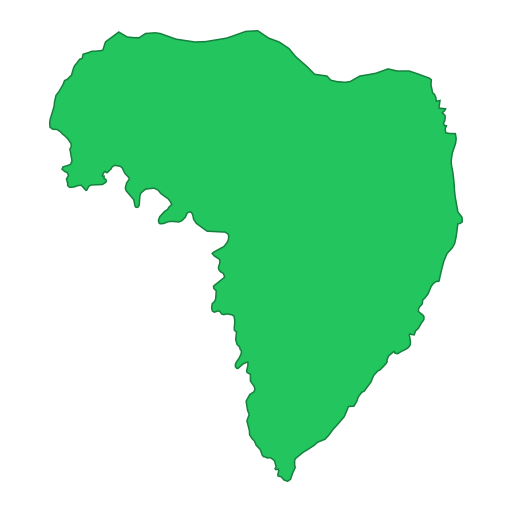 Macenta, Macenta, Guinea (Albers equal-area conic projection)
{"feature_id": "49546643B89321000346935", "entity_name": "Macenta", "entity_type": "district", "adm_level": 2, "iso_a3": "GIN", "parent_name": "Guinea", "parent_adm1": "Macenta", "projection": "albers", "projection_center": [-9.435, 8.32], "detail": "fine", "context": "isolated", "style": "filled", "palette": "green", "viewbox_px": 512, "rotation_deg": 0, "n_neighbors": 0, "source": "geoboundaries", "source_scale": "gbopen_adm2", "svg_char_len": 5470}
<svg xmlns="http://www.w3.org/2000/svg" viewBox="0 0 512 512"><path d="M429.4,78.2L423.2,75.9L417.5,73.8L409.1,71.0L397.2,71.0L388.0,68.9L376.1,73.2L368.7,74.6L359.9,76.0L350.1,81.6L345.2,82.3L336.8,81.6L330.8,80.2L326.9,76.0L314.6,74.3L306.9,66.5L295.7,56.7L289.0,48.6L279.2,42.0L268.6,38.1L257.7,30.7L245.8,31.4L226.8,38.1L205.8,41.6L194.9,42.0L176.2,39.2L160.2,33.5L155.3,32.8L145.5,33.5L139.2,37.7L138.8,37.7L134.3,37.7L127.2,37.0L118.8,32.0L111.1,37.7L105.5,41.9L102.8,50.2L100.6,50.7L95.2,51.2L92.2,51.2L88.2,52.7L83.1,54.2L82.2,58.4L79.6,59.3L76.7,63.2L74.6,65.7L73.4,68.5L71.5,75.1L67.0,79.5L64.6,80.5L62.9,84.8L59.2,91.2L56.0,95.4L54.5,101.9L54.1,106.2L52.5,111.7L50.3,118.8L49.7,122.6L50.0,127.3L52.9,129.3L56.8,129.4L60.5,131.8L62.3,133.8L65.4,136.4L67.8,138.9L70.8,143.2L71.4,146.2L69.9,149.1L71.0,155.3L72.0,161.1L70.4,164.5L66.1,166.0L63.0,166.9L62.0,169.2L64.9,171.6L67.2,172.6L68.5,175.4L66.4,179.2L67.1,181.0L67.4,182.7L67.8,182.9L67.6,185.3L68.6,186.5L69.8,187.3L71.2,187.3L74.8,186.8L76.0,186.3L77.2,185.8L78.0,185.5L80.2,185.4L81.3,185.3L85.0,189.4L85.2,189.6L85.3,189.7L86.0,190.4L86.7,190.2L88.7,186.5L89.5,185.8L89.6,185.7L91.0,185.1L91.4,185.0L102.4,184.5L104.0,183.5L105.9,182.2L106.2,181.2L106.3,180.7L105.7,179.3L105.1,179.1L104.1,178.7L104.1,176.1L103.3,176.1L102.6,176.1L102.4,175.3L103.7,172.9L103.8,172.7L104.1,172.1L105.1,171.4L105.6,171.9L106.3,172.6L106.9,172.6L107.4,172.5L108.1,171.8L111.1,168.8L112.2,166.8L114.0,165.7L114.5,165.3L116.1,165.6L119.8,166.2L122.0,167.5L125.0,173.5L128.9,177.6L129.1,177.8L129.2,179.1L128.1,180.8L126.6,183.0L125.3,187.9L126.1,190.7L133.7,199.6L135.0,206.0L135.9,207.3L137.8,207.3L139.2,205.3L139.9,195.7L140.8,193.3L140.9,193.0L143.3,191.0L145.9,188.9L145.9,189.1L153.9,188.1L158.0,190.0L161.1,193.8L168.3,198.9L170.5,201.8L170.6,202.0L170.7,202.4L171.7,204.6L168.8,207.3L168.0,208.7L167.7,209.3L164.4,211.6L159.8,216.6L158.4,220.2L158.4,220.3L159.0,223.0L160.2,223.8L163.7,223.5L168.1,221.7L168.4,221.7L172.5,221.4L175.9,221.7L179.0,222.0L182.1,220.5L183.9,218.7L185.2,217.4L187.2,213.0L188.1,212.5L189.2,211.9L190.1,212.1L191.4,212.3L192.7,214.8L192.8,215.1L193.6,219.3L194.5,220.7L195.5,222.1L196.4,223.4L203.6,228.7L207.1,231.2L225.0,232.1L227.7,233.7L227.8,233.9L228.7,235.5L228.6,237.3L228.5,239.0L227.6,241.6L227.1,242.3L227.0,242.5L225.3,244.8L224.1,246.4L213.9,252.0L213.1,252.7L212.2,253.5L214.3,256.0L215.3,256.6L219.6,259.4L219.8,261.5L219.9,262.8L218.4,267.2L218.7,269.4L218.9,269.7L220.3,271.6L222.1,272.7L223.4,273.5L223.7,274.3L224.5,276.5L224.1,277.6L213.5,286.1L213.7,287.8L213.8,288.0L213.8,288.4L216.2,290.8L215.7,298.9L215.1,300.2L215.0,300.3L214.5,301.6L213.6,302.4L213.4,302.5L212.3,303.5L212.1,304.6L211.6,307.5L212.3,310.9L214.2,312.2L218.3,310.9L219.2,311.2L219.6,311.3L221.9,314.2L223.9,314.6L227.1,313.9L231.8,314.8L232.8,315.4L233.7,315.9L234.1,316.1L234.8,321.7L234.2,328.4L234.5,330.4L235.7,331.4L236.5,332.0L235.7,339.7L237.0,344.3L239.7,347.2L239.9,348.2L239.9,348.3L240.2,349.5L240.4,349.6L241.3,350.6L241.3,353.1L241.2,353.5L239.1,358.2L237.8,360.0L237.0,361.1L236.4,362.1L236.2,362.3L235.9,363.1L235.3,364.8L235.4,366.0L235.4,366.8L235.8,367.2L236.7,368.3L237.5,368.4L237.9,368.5L242.9,364.1L246.9,362.2L247.2,362.2L248.0,362.3L247.9,364.7L247.8,365.8L247.8,366.1L247.7,366.4L246.6,370.7L247.1,372.5L250.3,374.3L250.4,375.4L250.4,376.1L250.4,381.0L254.1,386.3L254.6,387.9L254.6,388.0L254.9,389.0L254.1,391.7L253.8,391.9L252.6,392.6L249.7,394.6L246.1,401.3L247.6,410.4L249.2,414.5L246.9,420.8L249.4,430.7L249.6,434.8L252.1,438.7L252.7,439.3L254.4,440.9L255.7,444.1L256.1,445.2L256.2,445.3L260.2,449.5L262.4,455.5L263.4,456.4L263.6,456.7L263.9,456.7L265.3,456.9L266.9,457.9L270.5,457.7L274.4,460.6L276.2,466.8L275.7,467.6L275.6,467.8L275.4,468.1L275.2,468.7L275.1,468.8L275.9,469.7L278.3,469.2L278.7,470.8L278.1,473.4L277.8,474.8L278.1,475.9L278.1,476.0L281.2,476.8L284.0,480.0L287.5,481.3L290.5,479.3L292.6,473.2L295.2,467.6L294.6,464.5L294.7,459.8L295.7,458.4L303.0,452.4L309.3,448.5L313.9,445.5L317.5,442.3L325.1,439.2L328.6,435.4L331.0,432.2L332.8,429.7L335.9,426.3L340.1,421.5L341.9,419.4L344.0,417.0L346.2,412.2L348.5,406.5L353.9,406.2L355.9,402.8L356.7,401.5L357.4,399.5L358.1,397.3L360.2,394.3L361.9,392.2L364.1,391.3L371.2,381.7L372.0,379.3L373.9,375.1L378.1,370.7L379.6,370.2L383.4,366.5L386.0,363.6L387.1,361.9L387.0,359.8L388.6,355.9L391.4,353.6L394.0,351.4L395.1,353.3L397.8,353.7L399.4,352.6L401.4,351.4L405.2,349.6L407.7,348.1L409.2,346.5L410.2,345.0L410.5,342.2L410.1,339.2L409.3,335.3L409.7,333.9L412.0,334.6L414.3,334.8L415.4,331.2L418.4,328.3L419.9,325.6L421.0,323.6L423.8,319.7L424.0,316.7L423.0,315.2L418.4,311.5L418.5,309.0L419.6,306.9L422.3,303.9L422.7,300.1L425.0,297.9L426.9,295.4L428.1,293.8L429.9,289.5L431.1,286.6L432.9,284.0L433.3,283.7L435.3,281.9L437.7,281.2L438.6,281.4L439.1,280.9L440.4,274.7L442.6,265.8L444.0,260.7L447.0,253.6L452.3,247.8L454.7,243.4L456.1,237.0L457.0,230.5L457.8,224.0L460.3,223.3L462.3,221.8L462.0,217.3L457.9,211.9L457.7,210.8L456.8,205.8L455.2,197.0L454.5,190.4L454.3,185.9L453.7,179.5L453.0,173.4L452.2,168.7L451.6,166.2L451.2,161.3L451.7,156.8L452.4,152.9L453.8,148.6L455.5,143.7L456.2,138.8L455.4,133.6L449.5,133.5L445.7,132.7L445.2,129.0L446.4,125.7L444.4,125.6L443.5,123.1L444.9,120.4L445.2,117.0L445.0,115.4L442.3,112.8L444.6,110.7L445.6,108.8L438.9,108.1L440.0,100.5L436.3,101.2L435.8,97.3L434.3,94.1L432.7,93.0L431.0,85.0L431.3,79.7L429.4,78.2Z" fill="#22c55e" stroke="#15803d" stroke-width="1.5"/></svg>